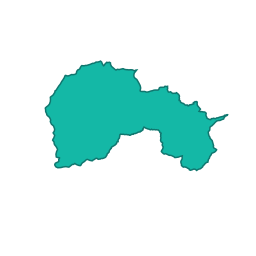 Arboledas, Norte de Santander, Colombia, rotated 43°
{"feature_id": "7082276B9880094240393", "entity_name": "Arboledas", "entity_type": "district", "adm_level": 2, "iso_a3": "COL", "parent_name": "Colombia", "parent_adm1": "Norte de Santander", "projection": "albers", "projection_center": [-72.83, 7.605], "detail": "fine", "context": "isolated", "style": "filled", "palette": "teal", "viewbox_px": 256, "rotation_deg": 43, "n_neighbors": 0, "source": "geoboundaries", "source_scale": "gbopen_adm2", "svg_char_len": 5815}
<svg xmlns="http://www.w3.org/2000/svg" viewBox="0 0 256 256"><g transform="rotate(43 128 128)"><path d="M207.2,112.2L207.3,111.1L207.9,109.7L208.6,108.7L208.8,108.1L209.1,105.6L208.6,104.1L208.9,102.5L208.6,101.8L208.6,101.3L209.1,99.2L209.7,98.6L208.3,96.2L208.0,94.3L207.3,93.2L207.1,90.9L206.6,89.7L206.6,89.0L207.0,88.4L207.8,86.4L207.9,85.1L207.7,83.5L207.2,83.4L204.7,84.0L204.1,84.0L203.2,83.5L202.7,82.6L198.3,79.9L197.2,79.7L195.1,79.6L194.5,79.1L193.7,78.7L192.5,78.5L189.9,76.7L189.4,76.1L189.2,73.8L187.4,71.6L187.6,69.7L187.9,69.0L187.9,67.3L188.0,66.0L187.9,64.9L188.1,62.4L189.1,60.8L190.1,59.8L191.3,57.0L191.7,56.5L191.8,56.1L191.3,55.1L191.1,52.8L191.5,52.2L192.0,51.0L191.8,50.4L191.4,50.6L190.6,52.1L190.0,52.7L189.9,53.2L190.0,53.6L190.0,54.1L189.4,54.9L187.6,57.6L186.8,59.3L186.0,60.1L185.6,61.5L185.3,61.8L184.0,62.4L183.7,63.1L182.6,64.3L182.8,65.5L181.1,66.5L179.6,66.8L179.3,67.0L178.6,66.6L176.3,65.6L175.1,63.9L173.9,63.8L172.7,64.3L171.9,65.1L171.2,65.4L170.6,65.8L170.1,66.5L168.6,67.4L168.1,64.8L164.1,64.3L163.1,64.0L161.9,63.0L161.0,61.9L160.6,61.8L160.1,61.9L159.8,62.4L159.0,63.0L159.0,63.9L158.5,64.8L158.6,65.0L159.4,65.2L159.6,65.5L158.7,66.8L158.7,67.3L157.3,69.0L157.3,69.3L157.4,69.8L157.1,70.2L156.9,70.8L156.4,70.9L156.0,70.6L155.8,70.7L155.4,70.9L154.9,71.8L154.0,72.2L151.9,72.2L151.1,72.8L150.6,72.8L149.3,73.3L148.9,73.3L148.0,72.6L147.3,72.6L146.8,72.9L146.6,72.7L146.4,72.8L146.2,72.7L145.9,71.7L144.6,70.8L144.0,69.7L143.5,69.4L142.1,68.9L140.3,69.1L139.6,69.0L139.2,69.2L139.3,69.7L139.2,70.2L138.0,71.1L137.3,72.1L135.6,72.5L134.5,72.4L133.5,73.9L132.7,74.1L130.5,73.1L130.2,72.2L128.9,71.0L128.5,70.5L128.2,70.8L127.7,71.7L126.7,72.1L126.5,72.5L126.6,73.1L126.5,73.7L124.0,76.1L123.7,76.6L123.6,77.4L124.2,78.7L124.3,78.9L124.2,79.4L123.6,80.3L122.5,81.2L121.2,82.6L120.4,84.1L119.4,85.5L118.5,87.3L117.9,88.2L117.1,89.1L115.3,89.9L113.4,91.7L112.2,92.6L111.7,92.6L111.3,92.3L110.2,90.4L109.5,89.7L108.1,88.8L107.2,88.4L104.9,87.6L101.7,86.6L101.1,86.5L99.3,86.8L98.0,86.6L97.4,86.4L96.6,85.8L95.6,84.5L95.1,83.5L94.8,79.7L94.2,80.4L93.7,81.7L93.5,81.9L91.7,82.4L90.5,83.3L88.9,85.0L88.0,85.6L87.2,86.3L85.5,87.5L84.5,87.7L83.8,88.1L81.7,91.3L80.2,92.3L80.0,92.9L79.9,93.4L79.2,94.0L73.9,94.2L71.9,93.4L71.4,93.1L70.9,92.4L70.3,92.4L69.4,92.7L69.0,93.5L68.5,94.1L67.7,94.3L67.5,96.5L67.8,98.2L67.8,99.1L67.6,99.2L64.7,98.3L63.9,97.8L62.3,97.8L61.8,99.0L61.1,100.2L59.6,101.7L59.3,103.1L58.9,104.0L58.0,104.8L57.8,105.3L57.3,106.3L57.2,106.8L55.3,110.1L54.9,110.7L54.4,111.0L53.5,112.4L52.6,113.2L51.7,113.8L51.6,114.7L51.7,115.1L51.9,116.5L52.4,117.3L52.1,119.0L51.7,119.6L51.7,120.8L52.2,122.2L53.0,123.3L53.0,123.7L52.7,124.8L51.6,126.3L50.2,127.5L49.6,129.1L49.0,130.3L48.6,130.8L47.7,131.6L46.7,131.9L46.4,132.2L46.3,132.4L46.4,133.0L47.1,134.8L47.4,136.5L47.6,137.3L47.8,139.1L48.6,142.3L48.7,144.3L49.6,149.2L49.6,149.8L49.3,150.6L50.3,152.1L50.3,152.9L50.7,154.5L50.6,155.9L50.2,158.3L50.4,158.7L51.6,159.7L53.2,161.7L53.7,162.8L54.0,163.6L54.3,164.1L54.3,166.6L54.0,168.0L53.9,169.7L54.1,170.0L55.4,170.9L56.3,171.9L56.9,172.3L58.7,173.0L59.6,173.7L60.9,173.9L62.3,173.7L64.4,174.1L65.6,174.7L66.1,175.0L66.7,176.2L67.4,176.6L69.4,177.4L72.1,177.3L75.1,178.8L76.4,180.8L76.4,182.3L76.6,182.6L77.3,182.9L78.4,183.0L79.4,183.4L80.5,185.8L80.7,187.0L81.2,188.3L83.5,188.7L84.7,189.8L85.7,190.3L88.0,190.6L90.5,191.4L91.0,191.7L91.4,192.3L91.8,193.8L93.2,196.3L95.3,198.1L96.6,197.6L97.7,196.8L98.2,196.5L98.5,196.8L98.7,198.1L100.1,199.6L100.1,200.2L99.8,200.9L98.9,203.3L99.3,204.6L100.1,205.2L101.7,205.6L103.7,205.0L105.9,202.7L107.3,200.5L108.9,198.6L111.1,197.2L111.5,196.8L112.1,192.7L112.3,192.4L113.1,191.6L113.3,190.2L115.2,189.9L117.4,189.0L118.5,188.3L118.8,188.0L118.9,187.2L118.5,186.0L118.4,184.8L118.8,182.8L119.1,182.1L119.0,181.1L119.2,179.4L119.8,178.6L122.2,177.7L124.1,176.5L124.4,176.0L124.3,175.0L124.8,174.1L125.1,172.6L125.3,172.0L126.0,171.4L126.4,171.3L127.2,171.3L127.9,170.9L128.3,170.2L128.9,169.6L128.9,169.2L129.2,168.6L130.2,167.7L131.3,165.5L131.5,164.3L131.2,163.2L131.2,162.6L130.7,161.6L130.4,160.8L130.6,160.0L130.5,159.5L130.6,158.7L130.5,158.3L130.1,157.9L129.7,156.8L129.6,156.4L129.7,155.4L129.3,154.9L129.6,154.3L129.3,154.1L129.1,152.7L129.3,152.3L130.2,149.0L130.0,148.3L130.3,147.7L130.3,147.4L129.4,145.8L130.1,144.7L129.5,144.3L129.2,143.9L128.6,142.4L128.6,141.3L128.0,140.5L127.8,139.9L127.4,139.6L127.2,139.2L126.7,138.6L126.7,138.4L126.7,137.7L127.1,137.6L127.6,136.9L128.4,136.3L128.7,135.8L129.8,135.3L131.5,133.6L132.1,133.4L133.1,132.5L134.0,132.3L134.8,131.4L134.8,130.6L135.1,129.9L136.1,129.1L136.2,128.9L135.9,128.4L137.1,127.1L138.1,125.0L138.2,124.2L139.6,122.5L139.6,122.3L139.3,121.8L139.8,121.4L139.9,121.1L140.0,120.0L140.2,119.0L139.9,118.8L139.6,118.8L139.4,118.5L139.4,117.5L139.0,116.5L139.1,116.4L141.4,115.9L142.2,115.5L143.1,115.2L144.0,114.6L145.5,114.1L145.8,113.7L146.1,112.8L147.0,112.7L148.3,111.2L149.4,110.6L149.9,109.9L150.8,109.4L151.4,108.8L153.3,108.9L153.7,109.1L154.1,109.4L154.6,109.5L155.0,109.5L155.4,109.2L155.6,109.2L155.9,109.4L156.3,110.5L156.9,110.9L157.5,111.9L158.6,112.5L160.3,114.9L160.7,115.1L161.6,115.5L162.0,115.5L162.8,115.2L163.6,115.4L164.5,117.0L165.2,117.5L166.4,117.7L166.7,117.9L167.7,119.8L168.0,121.7L168.4,122.4L168.5,122.5L169.9,122.6L171.2,122.6L172.2,122.4L173.2,121.0L176.7,119.9L178.0,118.8L178.6,118.5L181.1,117.7L181.6,117.6L182.1,117.8L182.4,117.6L182.9,117.2L184.7,114.9L185.6,113.1L186.7,111.4L186.9,111.7L186.9,112.0L187.7,112.6L188.6,113.6L189.0,114.7L189.0,115.2L189.5,116.4L190.5,117.4L191.8,118.0L192.5,118.8L193.5,119.0L195.1,118.9L195.9,117.9L197.6,116.9L198.7,116.8L200.5,116.2L201.3,116.7L202.4,116.4L203.3,115.0L204.0,113.4L204.6,112.8L205.5,112.3L207.2,112.2Z" fill="#14b8a6" stroke="#0f766e" stroke-width="1.5"/></g></svg>